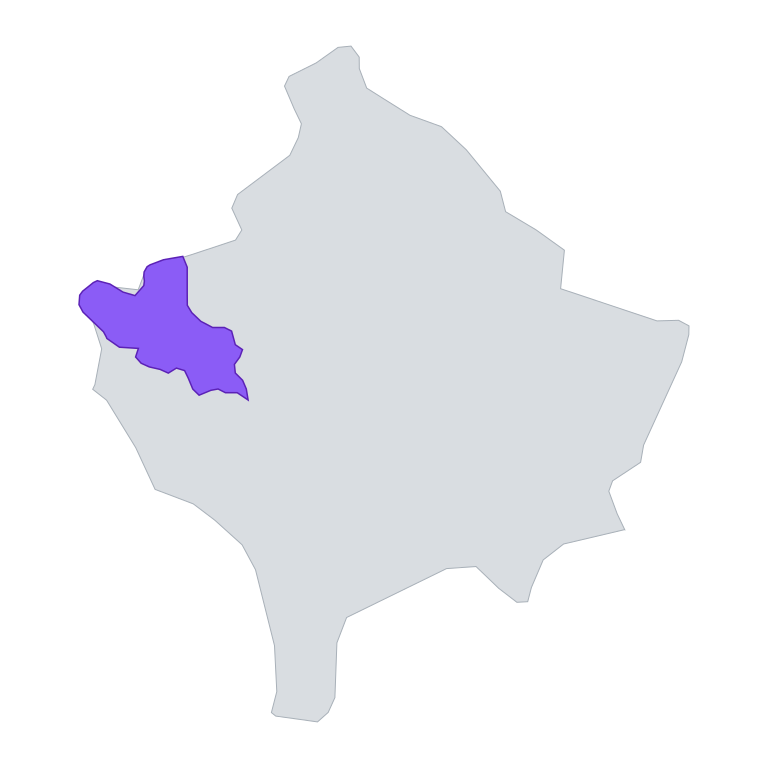 Peć highlighted on a map of Kosovo
{"feature_id": "KOS-5886", "entity_name": "Peć", "entity_type": "District", "adm_level": 1, "iso_a3": "XKX", "parent_name": "Kosovo", "parent_adm1": "", "projection": "orthographic", "projection_center": [20.272, 42.674], "detail": "fine", "context": "in_parent", "style": "filled", "palette": "violet", "viewbox_px": 768, "rotation_deg": 0, "n_neighbors": 0, "source": "natural_earth", "source_scale": "10m", "svg_char_len": 1708}
<svg xmlns="http://www.w3.org/2000/svg" viewBox="0 0 768 768"><path d="M191.7,254.6L235.5,240.1L241.8,230.0L231.8,208.2L237.6,194.5L289.8,155.3L298.3,137.6L301.4,123.8L294.3,109.1L284.5,86.1L289.1,76.4L316.2,62.9L338.0,47.4L351.0,46.1L359.2,57.1L359.3,68.6L366.7,88.1L383.0,98.4L410.0,115.3L441.5,126.7L466.3,149.8L500.3,191.2L505.6,211.7L536.1,229.9L564.4,250.2L560.6,288.7L657.0,320.9L678.6,320.3L689.0,325.9L688.8,334.7L681.7,361.8L643.6,445.1L640.6,462.3L612.6,480.8L608.8,491.2L617.2,513.9L624.8,529.8L624.3,529.7L563.6,544.0L543.2,559.9L531.4,587.5L527.7,601.7L516.9,602.3L498.8,588.4L476.0,566.5L446.5,568.6L346.6,617.5L336.9,642.8L334.9,697.6L328.2,712.4L317.5,721.9L275.8,716.1L271.4,712.6L276.8,691.6L274.5,645.6L255.5,569.7L242.1,544.8L214.7,520.1L193.3,503.9L155.1,489.4L135.7,447.6L106.6,400.2L92.7,389.3L94.9,384.6L101.7,348.8L93.4,322.8L80.7,300.5L89.5,287.1L116.2,287.3L138.2,289.8L146.2,268.6L191.7,254.6Z" fill="#d9dde1" stroke="#a8b0b8" stroke-width="1"/><path d="M135.0,295.6L143.8,285.6L144.4,281.0L143.8,276.6L144.1,272.0L147.1,266.7L150.1,264.8L163.6,259.7L182.8,256.4L187.2,267.2L187.2,279.5L187.2,293.0L187.3,305.3L191.8,312.7L200.8,321.3L212.6,327.5L224.4,327.5L231.6,331.1L235.3,344.7L242.5,349.6L239.8,357.0L234.4,364.4L235.3,373.0L242.6,380.3L246.3,389.0L248.1,400.0L237.2,392.7L225.4,392.7L218.1,389.0L210.9,390.3L199.1,395.2L192.8,389.1L188.2,378.0L184.6,370.6L176.4,368.1L168.3,373.1L160.1,369.4L149.2,366.9L141.1,363.2L135.6,357.0L138.4,348.4L119.4,347.2L106.9,338.5L106.2,336.8L103.5,331.8L83.3,312.4L83.0,312.1L79.0,304.7L79.7,295.2L82.6,291.2L90.0,285.3L93.3,282.6L97.3,280.7L109.9,284.0L123.0,292.1L135.0,295.6Z" fill="#8b5cf6" stroke="#5b21b6" stroke-width="1.5"/></svg>